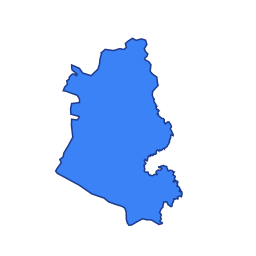 Kolokani, Koulikoro, Mali, rotated 207°
{"feature_id": "8926073B69551700582235", "entity_name": "Kolokani", "entity_type": "district", "adm_level": 2, "iso_a3": "MLI", "parent_name": "Mali", "parent_adm1": "Koulikoro", "projection": "mercator", "projection_center": [-8.433, 13.688], "detail": "fine", "context": "isolated", "style": "filled", "palette": "blue", "viewbox_px": 256, "rotation_deg": 207, "n_neighbors": 0, "source": "geoboundaries", "source_scale": "gbopen_adm2", "svg_char_len": 4496}
<svg xmlns="http://www.w3.org/2000/svg" viewBox="0 0 256 256"><g transform="rotate(207 128 128)"><path d="M56.6,56.1L56.0,56.8L54.8,57.7L54.6,57.8L54.5,58.2L54.2,58.8L54.2,59.0L54.7,59.2L55.8,59.2L56.9,59.1L57.4,59.6L57.3,61.2L57.0,62.0L58.3,63.1L58.9,64.2L58.8,65.5L60.0,66.6L61.4,66.7L61.7,67.2L61.4,68.5L61.7,69.5L61.7,70.7L61.6,71.2L61.0,73.5L61.6,74.8L61.9,75.4L62.2,77.8L62.6,78.4L61.9,78.7L61.1,79.0L60.4,79.6L60.2,79.8L59.7,79.7L58.9,79.0L57.6,78.0L56.5,77.8L54.2,77.4L53.9,77.6L53.6,77.8L53.3,78.5L53.8,79.7L54.1,80.3L54.2,82.0L54.1,83.1L54.9,85.3L54.9,85.7L54.7,86.0L54.2,85.9L53.9,85.8L53.8,86.0L53.0,87.0L52.5,87.2L52.0,87.2L51.6,87.2L51.5,87.3L51.3,87.6L51.4,87.9L52.6,89.0L51.1,90.7L50.6,91.0L50.1,91.0L49.3,90.9L49.3,91.0L49.2,91.3L49.4,91.9L49.9,92.5L49.8,93.8L50.2,94.1L50.9,95.4L51.4,95.5L51.5,95.5L52.2,96.0L51.9,95.3L51.9,95.1L52.4,94.9L53.2,95.2L53.7,95.1L54.0,97.1L54.6,97.8L56.0,98.6L56.7,98.9L56.9,98.7L57.5,98.2L58.1,98.6L58.2,99.9L58.5,100.7L59.2,100.9L59.5,101.9L59.0,102.5L59.4,102.7L59.8,103.0L61.2,102.7L61.8,102.1L62.4,101.6L62.2,101.0L62.6,100.8L62.7,100.7L63.2,100.7L63.5,100.9L63.4,101.5L62.6,102.5L62.4,103.1L63.0,103.2L63.7,104.0L63.9,104.9L63.6,105.6L64.0,106.2L64.3,106.5L65.6,106.4L66.3,106.5L66.4,107.1L66.8,107.3L66.9,109.2L66.9,109.3L67.0,109.2L67.7,109.2L67.7,109.8L68.5,109.6L69.2,110.0L69.5,110.1L70.9,109.6L72.0,109.0L72.5,108.5L72.4,108.2L72.8,108.2L73.1,108.2L73.7,108.8L74.2,109.4L75.5,110.4L76.0,111.2L77.4,110.8L78.1,110.8L79.5,110.7L80.3,109.7L81.3,109.1L81.3,108.3L82.9,107.5L82.9,107.0L82.2,106.7L81.8,106.9L81.0,107.4L79.8,107.6L79.4,107.4L79.8,105.5L80.1,105.0L81.4,104.4L82.4,103.9L83.1,102.3L82.8,101.7L82.8,100.9L81.3,100.2L80.9,99.8L81.4,99.4L82.7,99.0L83.6,98.4L84.3,96.9L85.0,96.2L86.4,96.3L87.5,95.8L87.5,95.7L88.3,96.1L89.6,97.2L89.8,97.4L90.4,97.8L92.3,96.6L92.8,96.6L93.0,96.6L93.5,96.6L94.1,97.3L94.2,98.2L94.4,99.0L94.9,99.7L95.5,100.1L96.3,101.9L96.9,102.2L96.2,103.4L95.9,104.4L96.3,104.8L97.2,105.0L98.3,105.9L98.9,106.9L98.5,107.4L98.4,107.8L97.7,107.5L97.5,107.4L96.3,107.2L95.9,107.5L96.4,108.9L96.7,110.4L97.2,111.6L96.6,113.0L95.5,112.7L95.4,113.6L95.7,114.5L95.1,114.6L94.0,114.3L93.4,114.9L93.2,115.3L93.7,116.2L93.0,116.7L92.0,116.7L91.5,117.2L91.4,117.7L91.4,118.5L92.0,119.0L92.1,121.3L91.8,121.8L90.9,121.7L90.2,121.6L90.6,122.1L90.0,122.7L89.1,122.9L88.7,122.7L88.1,123.4L87.7,124.0L87.5,125.3L86.7,126.1L85.9,125.8L86.0,127.1L85.4,128.0L84.7,129.7L84.9,130.9L84.6,132.2L84.8,134.9L85.5,135.6L85.4,137.2L85.4,137.7L85.9,139.5L86.5,140.7L86.4,141.6L85.7,141.6L84.3,141.7L84.5,142.2L85.1,142.9L88.3,145.4L89.5,145.9L90.1,147.4L89.8,148.6L90.6,149.7L91.4,150.2L91.9,150.7L93.6,151.4L93.9,151.7L94.2,151.9L95.0,151.8L95.8,150.8L95.8,150.1L96.3,149.8L96.5,148.8L96.5,148.7L97.1,148.7L97.9,149.4L98.6,149.5L98.7,150.4L99.4,151.7L99.5,151.9L100.7,152.4L102.0,151.9L102.7,152.1L103.1,152.1L103.8,152.1L104.7,152.6L105.8,152.6L106.3,153.0L106.5,153.2L106.8,153.5L107.1,153.5L107.7,153.5L108.1,153.7L107.5,154.1L107.4,154.2L107.5,154.3L108.4,155.4L108.9,156.4L108.6,156.8L108.1,157.4L110.1,158.2L110.7,157.6L111.5,157.9L112.4,159.5L112.2,160.3L113.0,159.9L113.2,160.6L113.5,161.3L114.9,162.2L115.6,162.5L116.2,162.9L116.5,163.1L117.5,164.2L117.7,165.2L117.7,165.7L119.0,166.1L120.8,167.7L121.5,168.7L122.6,171.8L121.7,175.5L120.5,179.7L122.2,181.5L125.4,186.4L130.4,187.1L134.0,188.6L136.3,194.8L139.8,196.5L142.9,196.5L144.6,197.0L144.6,198.7L143.7,200.2L144.0,203.0L147.1,204.0L149.5,206.1L149.1,210.9L152.2,214.2L156.3,213.6L160.6,209.8L164.7,210.0L167.2,205.8L168.7,202.1L166.1,199.1L167.3,196.1L171.3,195.0L176.1,190.4L184.0,187.7L185.7,183.5L186.1,182.7L185.8,182.5L185.4,182.3L184.8,179.4L184.4,177.4L182.3,171.5L181.5,166.8L184.6,157.9L193.4,156.4L198.4,159.1L206.8,158.6L205.7,156.4L204.1,154.3L200.8,153.7L197.8,152.9L197.5,152.1L197.8,151.3L198.6,151.3L199.7,151.8L200.2,151.6L201.2,151.5L202.4,150.2L203.4,146.8L202.6,144.6L204.0,142.3L202.8,140.7L201.8,139.4L203.0,135.7L202.6,131.8L200.6,132.5L192.6,133.5L188.1,134.1L184.6,132.0L182.7,128.7L189.3,124.2L187.9,119.1L185.2,114.4L176.6,116.1L176.4,114.8L176.9,112.1L182.2,110.2L179.6,104.7L173.0,94.7L173.2,84.5L173.4,82.7L173.8,76.7L172.7,72.7L174.5,69.0L171.7,66.9L172.8,59.7L172.9,56.8L170.4,55.5L160.4,55.3L145.5,54.9L130.5,52.9L123.0,53.9L117.7,54.7L111.5,53.4L103.1,54.5L97.9,55.5L94.5,55.2L91.4,52.2L87.9,45.7L85.5,43.1L83.0,41.8L80.8,43.2L77.7,48.1L73.9,53.6L69.2,54.9L65.5,56.7L56.6,56.1Z" fill="#3b82f6" stroke="#1e3a8a" stroke-width="1.5"/></g></svg>